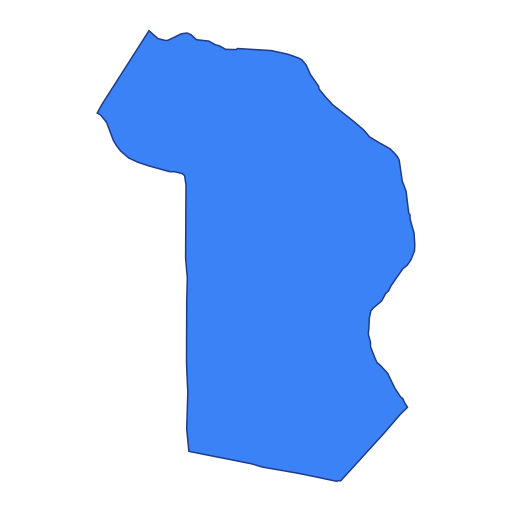 the district of Tectitán, Huehuetenango, Guatemala
{"feature_id": "79465075B96618305654863", "entity_name": "Tectitán", "entity_type": "district", "adm_level": 2, "iso_a3": "GTM", "parent_name": "Guatemala", "parent_adm1": "Huehuetenango", "projection": "mercator", "projection_center": [-92.03, 15.362], "detail": "fine", "context": "isolated", "style": "filled", "palette": "blue", "viewbox_px": 512, "rotation_deg": 0, "n_neighbors": 0, "source": "geoboundaries", "source_scale": "gbopen_adm2", "svg_char_len": 1283}
<svg xmlns="http://www.w3.org/2000/svg" viewBox="0 0 512 512"><path d="M149.0,30.7L102.3,103.8L97.2,113.0L100.7,115.1L106.6,122.4L113.2,140.0L116.2,145.2L120.8,151.2L128.9,158.1L138.0,162.3L150.1,166.3L169.8,171.7L174.8,171.7L182.2,173.6L184.6,175.6L186.0,185.1L185.6,257.9L187.3,277.9L186.7,302.8L186.5,363.5L187.8,392.4L186.7,429.1L188.9,451.4L251.9,463.9L262.5,467.1L299.3,473.5L336.7,481.3L338.3,480.6L340.7,480.8L384.5,432.7L400.3,414.3L406.1,408.7L407.5,407.3L404.5,402.6L402.9,398.8L400.5,396.8L394.9,388.3L387.6,373.3L381.3,366.4L378.6,363.8L377.1,362.7L375.1,358.4L370.5,346.7L370.5,342.3L368.3,334.4L369.0,325.8L369.3,318.2L370.9,310.8L372.5,308.7L373.6,307.7L381.6,301.0L385.8,293.3L388.4,291.1L390.9,286.0L396.7,277.5L403.0,268.6L407.1,265.3L410.8,260.1L414.5,250.9L414.8,244.9L414.0,232.9L410.1,219.2L410.0,214.9L408.7,212.9L406.1,191.3L402.2,180.9L399.2,160.2L397.3,156.5L394.6,153.4L390.2,148.9L377.4,141.7L369.5,136.8L363.9,130.2L355.0,122.5L332.6,104.7L325.9,97.4L319.1,89.2L318.6,86.3L310.4,74.5L306.2,65.1L302.2,60.2L299.2,58.3L288.2,54.3L271.5,50.6L237.6,48.5L236.1,49.6L225.7,49.3L219.1,45.7L215.6,44.9L208.8,41.1L196.5,39.7L191.0,34.7L187.1,33.0L181.3,33.8L167.9,40.3L165.4,40.5L157.9,38.6L149.0,30.7Z" fill="#3b82f6" stroke="#1e3a8a" stroke-width="1.5"/></svg>